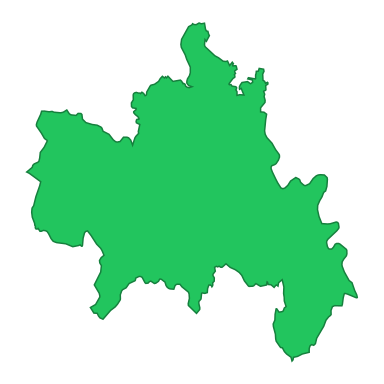 Thai Nguyen, Thái Nguyên, Vietnam
{"feature_id": "81297802B43105107768719", "entity_name": "Thai Nguyen", "entity_type": "district", "adm_level": 2, "iso_a3": "VNM", "parent_name": "Vietnam", "parent_adm1": "Thái Nguyên", "projection": "equal_earth", "projection_center": [105.819, 21.567], "detail": "fine", "context": "isolated", "style": "filled", "palette": "green", "viewbox_px": 384, "rotation_deg": 0, "n_neighbors": 0, "source": "geoboundaries", "source_scale": "gbopen_adm2", "svg_char_len": 5910}
<svg xmlns="http://www.w3.org/2000/svg" viewBox="0 0 384 384"><path d="M26.7,172.0L29.3,173.3L40.7,181.7L39.7,185.8L35.9,196.7L33.7,205.7L32.2,207.9L32.0,208.7L31.7,212.3L32.3,217.2L34.6,223.3L34.8,225.2L35.4,226.3L35.3,227.9L35.9,228.9L37.1,229.1L38.1,228.4L40.0,231.3L41.5,231.2L43.3,230.4L45.5,230.7L47.1,231.5L48.6,233.7L51.1,238.7L53.1,241.2L54.4,241.8L56.6,242.6L65.8,243.8L72.8,246.7L78.7,245.5L80.0,244.8L81.5,246.2L82.1,246.2L82.5,245.3L83.1,238.2L84.5,232.9L85.6,231.5L87.5,230.9L91.0,235.4L96.6,244.1L100.6,248.2L102.0,250.5L104.0,255.3L101.2,257.6L99.5,260.5L99.8,262.9L101.4,265.7L100.7,272.1L94.3,284.9L99.2,293.2L99.8,295.8L99.8,297.1L95.6,304.5L90.4,307.5L93.9,313.1L97.2,313.3L98.5,316.0L100.0,317.9L103.0,319.2L110.6,310.4L115.2,306.9L117.5,304.2L120.1,300.1L120.4,299.1L120.3,294.8L121.7,290.8L122.6,289.7L126.1,287.8L129.1,283.5L134.9,280.8L135.4,280.1L135.7,278.1L139.1,276.4L140.9,276.6L142.2,277.4L145.0,282.7L145.8,283.4L148.1,283.1L149.4,281.7L150.8,281.1L154.4,283.5L155.8,283.2L158.5,281.3L159.6,279.2L160.2,279.0L161.5,279.4L165.0,282.1L166.0,285.4L167.0,287.0L168.5,288.3L170.0,288.9L173.8,289.2L175.0,285.7L176.1,284.6L177.1,284.2L180.0,284.3L181.9,286.8L188.4,292.1L189.1,293.9L189.4,298.4L188.2,303.7L188.4,305.5L196.5,313.4L199.7,309.5L199.8,307.8L198.9,303.8L198.8,301.6L201.0,299.0L201.6,293.4L202.2,292.9L204.8,293.4L207.3,292.6L207.6,288.6L208.8,285.1L210.3,285.0L211.3,285.6L211.9,286.8L212.6,285.8L212.8,284.9L212.7,282.8L214.2,281.2L214.3,277.9L212.9,275.4L212.9,274.7L213.3,273.8L215.3,271.2L214.6,267.3L216.4,266.3L217.7,266.9L219.1,266.2L220.6,267.2L221.5,267.3L222.3,267.1L226.0,263.8L230.2,267.4L235.3,269.7L239.3,272.5L241.8,275.4L244.4,280.9L248.4,286.0L249.1,286.4L252.7,286.2L253.7,285.8L255.9,283.6L260.5,286.3L266.5,285.0L267.1,281.9L267.5,282.2L268.2,284.5L271.1,284.8L274.1,287.4L275.8,285.3L276.5,285.0L278.0,286.1L278.6,282.7L282.2,279.7L283.9,287.1L283.6,293.5L284.2,297.3L284.3,301.0L286.1,306.6L284.3,308.0L283.2,311.0L282.2,311.6L279.1,312.2L276.7,308.8L276.1,308.9L275.1,314.4L274.9,320.0L273.2,324.0L273.4,326.5L275.4,334.1L275.7,338.9L276.2,341.2L280.1,346.9L280.8,347.6L282.4,347.8L284.4,351.6L286.6,354.0L291.0,357.2L292.0,361.0L293.0,359.9L293.5,357.3L297.6,356.4L302.3,354.0L309.2,352.3L309.2,348.7L309.9,346.1L311.5,344.6L313.7,345.3L315.4,343.7L316.7,338.2L323.7,326.3L326.0,320.2L328.6,316.9L330.5,315.4L331.1,314.5L331.0,310.5L332.4,306.7L334.5,305.7L341.9,305.8L342.4,304.2L343.2,297.9L344.2,293.9L344.8,293.4L347.3,294.0L355.9,297.6L356.9,297.8L357.3,297.4L356.7,294.8L354.7,290.6L352.0,282.7L349.1,280.5L344.3,271.9L342.2,266.3L341.9,264.6L342.2,261.8L343.7,259.2L346.4,255.8L346.9,253.8L346.8,250.3L346.3,249.3L340.0,244.1L338.7,243.5L336.6,243.5L335.2,244.2L333.4,247.3L331.6,249.1L329.3,249.0L328.5,248.6L327.4,246.5L326.6,242.7L326.8,240.9L328.1,239.0L336.7,230.9L338.7,228.4L339.0,227.2L338.4,223.4L337.6,222.4L336.2,222.0L330.1,223.8L327.5,224.0L321.8,223.6L319.0,216.5L317.5,209.7L317.7,205.3L319.8,200.5L322.0,196.8L323.4,193.1L324.2,191.9L325.6,191.0L326.9,186.4L327.4,179.3L327.1,177.6L324.4,175.0L320.5,174.7L318.2,175.0L316.3,175.8L313.2,178.5L309.6,183.7L305.7,185.6L304.4,185.5L303.0,184.5L300.6,182.3L299.7,179.8L298.8,179.0L295.8,177.5L290.6,181.0L287.8,185.4L284.8,188.1L282.8,188.7L280.9,187.9L277.6,182.7L275.6,178.8L272.3,171.9L271.1,168.6L271.1,167.0L271.8,165.7L274.7,164.6L276.1,163.6L278.4,160.1L279.5,157.1L279.4,155.1L278.9,154.1L275.5,149.5L272.0,143.2L266.9,137.6L265.2,134.3L264.6,130.9L265.7,119.6L266.6,114.2L264.0,112.2L260.6,111.9L260.6,107.8L265.0,102.4L265.1,100.2L264.1,96.5L264.7,94.2L263.6,91.5L263.8,91.1L265.6,90.3L265.9,89.7L265.7,85.5L267.8,84.2L267.9,83.5L267.9,82.8L267.4,82.3L265.5,83.3L264.6,81.3L263.0,80.3L262.7,74.1L264.0,71.3L263.6,69.2L259.2,68.4L258.3,71.2L256.3,71.3L256.1,73.4L255.6,74.9L255.6,78.5L255.3,78.9L248.4,77.7L247.8,78.9L252.4,80.0L252.7,82.2L251.1,83.4L250.4,83.7L247.6,81.6L242.0,82.5L240.4,84.7L239.5,86.6L239.4,88.7L239.6,89.3L241.2,88.4L243.9,95.0L239.7,94.7L237.0,95.4L237.0,91.7L235.8,89.8L236.4,89.0L236.6,87.6L235.8,86.7L232.0,86.1L231.0,84.6L229.4,84.7L229.0,84.2L229.2,83.5L232.4,79.2L233.4,78.1L234.7,77.4L234.9,76.3L234.4,74.5L235.5,73.5L234.7,72.0L234.7,70.9L237.0,69.3L236.2,66.0L235.6,65.7L232.9,65.9L232.7,64.7L233.4,63.7L232.3,62.2L229.6,65.5L227.5,61.0L225.8,61.5L223.1,61.2L218.6,57.8L214.9,55.8L205.4,47.0L204.8,46.2L204.5,44.7L205.0,39.6L206.4,41.3L209.4,35.6L208.6,34.1L207.9,31.3L206.4,31.0L205.5,29.2L204.5,23.2L201.3,23.8L199.1,23.0L196.1,24.7L193.9,24.5L192.6,23.7L191.9,24.9L188.6,26.7L181.6,39.3L180.9,44.4L181.3,47.3L185.2,54.8L186.7,59.3L190.3,67.1L190.3,72.8L189.4,75.8L187.5,78.8L186.9,81.0L186.8,82.5L187.0,83.4L188.6,85.5L192.0,86.7L189.3,87.7L187.2,87.3L185.7,86.3L185.0,84.2L183.6,83.4L183.1,83.7L181.6,81.2L180.4,80.1L172.9,81.4L167.9,76.2L166.5,77.9L165.5,76.8L164.4,78.0L162.4,76.3L160.3,78.5L158.6,81.4L154.5,84.3L150.9,85.2L150.1,86.1L146.7,92.1L146.5,94.7L145.9,95.3L145.1,95.7L143.6,93.4L141.9,92.2L140.6,93.6L140.1,93.1L138.5,93.1L136.2,92.4L134.6,92.9L133.6,93.7L133.2,94.9L133.3,99.8L131.4,102.9L131.5,106.5L132.6,107.9L136.1,108.4L136.1,109.5L133.7,111.7L133.7,112.7L135.3,114.6L137.9,116.7L139.0,118.5L138.8,119.3L137.1,119.3L136.5,119.9L136.1,121.5L136.4,122.8L139.8,124.5L138.3,131.5L138.6,133.4L135.9,136.3L134.9,137.9L132.6,145.2L130.7,140.1L128.6,137.8L126.9,137.2L123.5,137.2L120.1,141.5L117.1,142.1L115.6,141.7L113.3,139.9L109.0,134.3L103.1,131.3L101.9,128.1L101.0,127.1L97.2,125.2L92.2,124.5L85.9,122.6L82.5,119.2L81.9,114.5L80.9,113.5L78.1,113.4L76.1,115.4L71.2,114.9L69.4,113.9L66.8,110.0L63.3,112.2L60.7,112.8L53.9,112.2L52.1,111.4L49.1,111.8L44.3,111.1L41.6,111.2L40.7,114.3L37.1,122.1L36.4,124.5L36.5,126.0L41.3,133.0L44.5,138.5L47.0,140.3L47.3,140.9L44.2,147.2L40.3,152.4L39.7,158.0L38.9,161.3L37.8,162.3L34.2,163.9L32.8,165.3L32.2,167.4L26.7,172.0Z" fill="#22c55e" stroke="#15803d" stroke-width="1.5"/></svg>